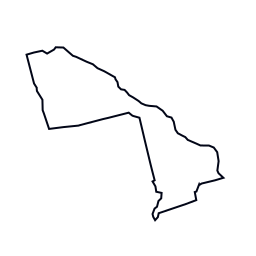 Mangilao, Guam, rotated 256°
{"feature_id": "77769853B74833203647496", "entity_name": "Mangilao", "entity_type": "district", "adm_level": 2, "iso_a3": "GUM", "parent_name": "Guam", "parent_adm1": "", "projection": "albers", "projection_center": [144.825, 13.463], "detail": "fine", "context": "isolated", "style": "outline", "palette": "ink", "viewbox_px": 256, "rotation_deg": 256, "n_neighbors": 0, "source": "geoboundaries", "source_scale": "gbopen_adm2", "svg_char_len": 1273}
<svg xmlns="http://www.w3.org/2000/svg" viewBox="0 0 256 256"><g transform="rotate(256 128 128)"><path d="M38.6,131.0L35.7,131.0L32.0,132.0L34.3,135.4L37.9,137.2L40.0,163.1L40.1,164.7L41.5,176.8L49.7,177.3L49.8,179.0L56.1,183.4L55.5,183.5L56.3,186.0L56.2,199.8L56.6,208.5L62.2,204.9L65.1,204.4L73.9,207.9L81.8,208.6L83.0,208.7L88.3,206.5L91.4,202.3L93.5,194.1L96.2,190.7L102.0,183.1L105.3,181.4L107.5,178.8L109.6,176.5L110.8,175.1L114.8,173.6L123.2,173.9L124.1,173.6L127.6,172.7L130.0,168.6L136.4,165.8L138.1,164.3L142.0,160.9L144.4,153.9L145.9,150.6L148.7,146.9L151.0,145.3L152.0,144.5L156.5,140.3L159.6,137.0L162.6,135.7L165.8,133.9L167.2,130.6L170.5,128.6L175.1,128.9L178.2,127.7L180.4,127.6L181.7,126.2L188.8,118.7L193.4,112.9L197.7,109.8L198.3,109.4L202.3,103.9L209.6,94.9L211.4,92.0L216.1,88.7L221.7,84.8L223.8,77.4L222.0,75.2L219.8,67.5L223.7,63.6L224.0,55.0L223.7,47.3L193.9,47.6L189.1,49.2L188.2,48.9L185.9,48.6L176.1,51.8L165.9,49.5L162.5,49.9L146.2,51.2L144.5,65.5L142.3,80.6L142.4,81.9L142.7,106.1L142.6,111.3L142.7,132.4L139.2,135.0L138.5,135.8L135.2,141.6L111.6,141.3L88.3,141.1L82.4,141.1L70.8,141.2L70.2,138.9L64.7,140.5L59.3,140.0L56.9,144.9L51.7,143.2L49.8,139.9L44.6,137.1L43.4,134.3L38.6,131.0Z" fill="none" stroke="#020617" stroke-width="2"/></g></svg>